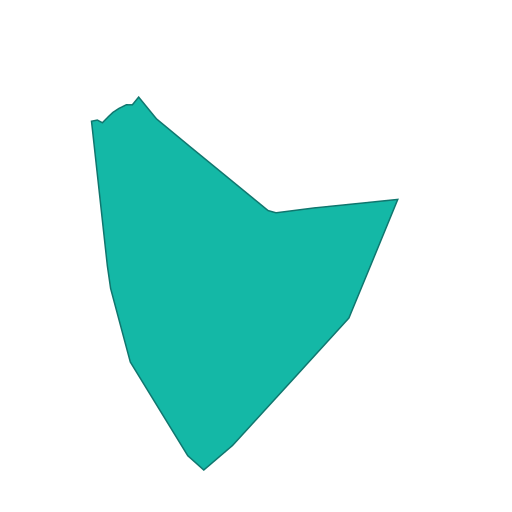 outline of São Pedro, Rio Grande do Norte, Brazil, rotated 342°
{"feature_id": "56859067B47368884593899", "entity_name": "São Pedro", "entity_type": "district", "adm_level": 2, "iso_a3": "BRA", "parent_name": "Brazil", "parent_adm1": "Rio Grande do Norte", "projection": "orthographic", "projection_center": [-35.632, -5.887], "detail": "fine", "context": "isolated", "style": "filled", "palette": "teal", "viewbox_px": 512, "rotation_deg": 342, "n_neighbors": 0, "source": "geoboundaries", "source_scale": "gbopen_adm2", "svg_char_len": 508}
<svg xmlns="http://www.w3.org/2000/svg" viewBox="0 0 512 512"><g transform="rotate(342 256 256)"><path d="M325.2,343.7L329.6,338.5L362.1,300.4L408.3,246.0L326.4,228.3L288.4,221.1L281.5,216.5L226.7,131.1L203.7,94.8L193.5,68.6L185.1,74.0L179.4,72.1L171.2,73.3L164.3,75.2L159.2,77.6L151.1,81.8L147.1,77.7L141.2,77.0L137.5,94.9L111.6,219.4L107.7,242.0L105.8,278.0L103.7,318.0L129.4,424.9L140.2,443.4L175.2,428.9L260.0,380.8L269.1,375.6L325.2,343.7Z" fill="#14b8a6" stroke="#0f766e" stroke-width="1.5"/></g></svg>